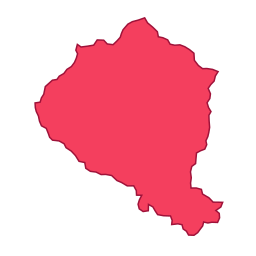 Urucânia, Minas Gerais, Brazil, rotated 88°
{"feature_id": "56859067B64540863553467", "entity_name": "Urucânia", "entity_type": "district", "adm_level": 2, "iso_a3": "BRA", "parent_name": "Brazil", "parent_adm1": "Minas Gerais", "projection": "mercator", "projection_center": [-42.721, -20.332], "detail": "fine", "context": "isolated", "style": "filled", "palette": "rose", "viewbox_px": 256, "rotation_deg": 88, "n_neighbors": 0, "source": "geoboundaries", "source_scale": "gbopen_adm2", "svg_char_len": 1760}
<svg xmlns="http://www.w3.org/2000/svg" viewBox="0 0 256 256"><g transform="rotate(88 128 128)"><path d="M174.9,146.0L180.1,140.9L182.2,136.4L185.8,130.8L186.0,124.3L190.8,121.9L195.4,121.8L195.7,116.6L200.2,119.1L204.5,120.6L209.2,119.6L212.0,115.8L211.4,110.6L205.1,110.2L207.7,105.9L212.0,103.6L215.6,101.4L216.9,95.6L217.4,88.6L221.8,87.1L226.0,87.7L225.5,81.5L226.5,77.4L230.8,76.4L233.2,73.2L237.1,71.2L237.5,65.8L235.0,62.0L231.8,59.5L228.5,56.8L224.6,55.7L225.7,51.5L225.1,47.5L225.5,41.8L221.0,39.6L216.5,39.8L213.5,43.1L210.2,38.0L205.6,36.0L205.3,40.7L205.1,45.5L200.7,49.4L196.6,55.8L191.9,56.8L190.4,61.7L190.2,67.1L185.2,67.4L179.9,66.5L174.0,67.1L168.6,65.6L165.9,61.7L160.8,61.1L155.3,60.4L153.3,56.4L151.8,52.0L147.4,49.9L143.5,50.6L139.3,48.5L135.2,47.4L130.2,46.4L123.5,46.7L118.1,46.7L114.5,44.5L110.4,46.8L105.5,48.1L101.4,45.2L96.7,44.4L91.2,46.5L87.5,43.8L84.1,40.3L79.1,38.9L74.8,36.0L72.4,41.4L71.3,47.2L71.3,51.4L68.0,55.5L62.7,59.3L55.6,59.5L52.0,63.6L48.8,68.3L46.7,73.2L46.9,78.4L45.7,83.0L41.3,85.3L39.0,90.0L37.9,94.5L32.8,95.3L28.2,99.7L23.6,104.8L18.5,107.5L20.5,113.9L21.9,120.0L24.2,124.5L29.6,129.5L33.2,131.2L37.1,132.6L40.4,135.8L44.2,140.0L43.3,145.8L39.4,149.2L38.9,155.7L44.0,159.4L44.8,165.5L45.4,172.1L42.7,175.7L48.4,177.4L52.0,175.8L56.4,177.2L60.6,179.2L64.6,182.4L67.3,187.0L71.3,190.2L73.8,194.9L77.0,197.3L77.6,201.9L80.8,205.7L83.7,209.2L91.3,211.0L94.9,213.5L99.1,214.9L99.7,220.0L104.5,219.9L108.3,219.1L112.9,217.1L118.1,216.2L122.8,214.4L125.5,209.7L130.5,207.9L134.6,206.6L137.5,203.9L138.5,197.4L141.5,192.4L145.5,190.6L149.1,185.5L153.8,181.4L159.6,178.1L161.0,172.4L166.8,171.6L170.0,167.1L170.9,161.5L173.6,156.5L173.6,151.9L174.9,146.0Z" fill="#f43f5e" stroke="#9f1239" stroke-width="1.5"/></g></svg>